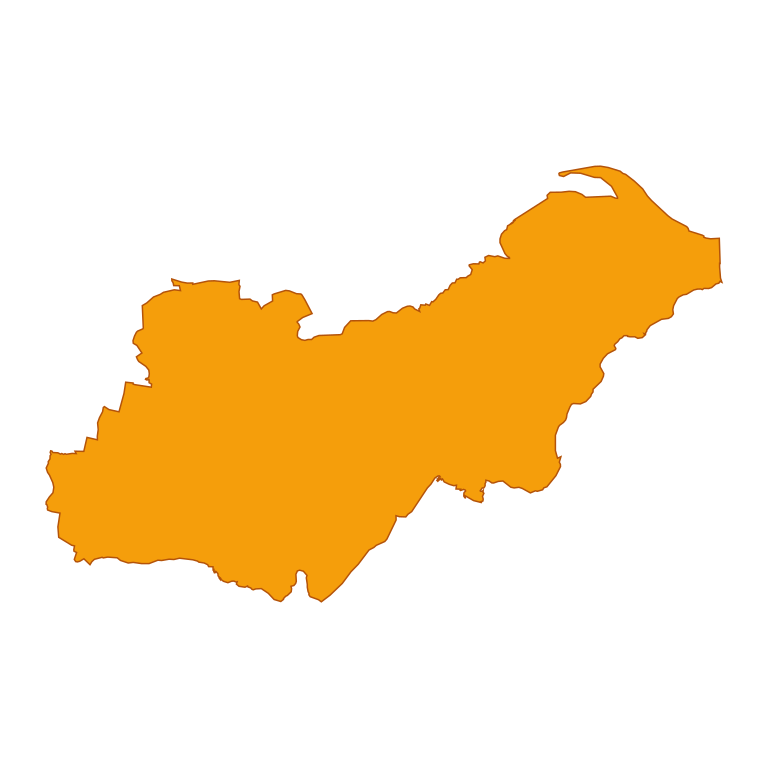 outline of Izvoru Crisului, Cluj, Romania
{"feature_id": "2599482B40318061707597", "entity_name": "Izvoru Crisului", "entity_type": "district", "adm_level": 2, "iso_a3": "ROU", "parent_name": "Romania", "parent_adm1": "Cluj", "projection": "mercator", "projection_center": [23.108, 46.847], "detail": "fine", "context": "isolated", "style": "filled", "palette": "amber", "viewbox_px": 768, "rotation_deg": 0, "n_neighbors": 0, "source": "geoboundaries", "source_scale": "gbopen_adm2", "svg_char_len": 6077}
<svg xmlns="http://www.w3.org/2000/svg" viewBox="0 0 768 768"><path d="M473.6,500.6L481.9,502.7L480.7,501.8L482.9,501.0L483.2,499.1L482.5,496.3L483.9,493.3L483.0,492.2L483.2,490.4L482.2,491.4L480.4,491.2L480.2,490.7L482.3,487.9L483.6,488.0L484.5,487.0L485.1,485.7L485.1,483.5L485.8,482.4L485.9,480.2L489.1,481.0L491.8,482.9L493.6,483.0L498.3,481.4L502.9,481.0L510.8,487.2L514.1,487.9L518.9,487.3L522.2,488.4L530.4,492.9L535.4,490.8L537.3,491.3L542.6,489.8L543.9,487.8L546.9,486.8L555.9,475.7L560.5,466.6L560.4,464.3L559.3,462.2L560.9,456.7L557.5,458.2L555.4,450.6L555.4,435.2L558.4,427.0L559.6,425.3L563.4,422.5L565.6,420.0L566.5,417.6L567.0,414.0L569.9,407.0L571.5,404.3L573.5,403.5L580.4,403.9L585.9,401.5L590.7,396.4L591.5,394.0L593.0,392.0L593.1,389.2L601.1,381.5L603.4,376.3L603.8,373.6L600.1,366.9L600.1,364.1L603.3,358.3L607.5,353.8L615.5,349.6L615.8,348.4L614.2,345.7L614.7,344.3L617.7,341.7L619.9,338.7L621.8,337.9L624.0,335.7L627.0,335.6L627.6,335.8L627.6,336.4L630.1,336.8L634.9,336.8L637.8,338.3L642.3,337.6L644.9,335.2L644.1,333.7L645.5,334.3L645.7,332.6L646.6,331.5L647.0,329.7L650.2,325.6L661.5,319.3L668.4,318.4L671.4,316.7L673.4,313.9L672.8,309.7L673.6,305.7L677.3,298.5L679.1,296.9L683.2,294.8L686.5,294.3L693.7,290.0L697.4,289.1L700.8,289.0L702.3,289.6L704.0,288.4L708.6,288.5L711.6,287.6L716.0,283.9L718.8,283.2L720.0,281.4L721.9,282.3L720.5,278.2L719.6,267.1L719.6,263.3L720.1,263.4L719.3,238.3L710.6,238.8L706.2,238.1L703.9,237.3L703.9,236.1L702.4,235.2L689.0,231.0L688.1,228.3L686.7,226.6L672.1,219.0L667.7,215.6L651.6,200.6L647.4,196.0L642.7,188.9L634.3,181.1L625.7,174.4L622.8,173.4L620.2,171.2L608.2,167.5L600.6,166.2L594.6,166.4L562.8,172.0L559.4,172.9L558.9,173.7L559.4,175.5L563.6,176.5L570.6,172.9L580.5,173.2L594.5,177.4L600.6,177.6L611.5,186.3L617.5,197.1L617.5,198.3L615.3,198.1L610.8,196.2L585.6,197.3L581.9,194.4L575.4,191.7L569.1,191.3L561.2,192.2L550.2,192.3L547.1,195.3L547.6,198.5L515.2,219.2L513.0,221.0L515.6,219.9L512.1,222.6L513.0,222.5L512.7,222.9L507.6,225.8L506.7,229.6L504.6,230.7L501.5,234.2L500.0,238.9L500.0,242.7L505.0,253.6L507.1,256.1L509.4,257.5L509.5,258.4L504.9,258.3L497.8,255.9L494.8,256.7L488.6,255.5L484.9,257.3L485.4,260.9L483.1,262.9L480.1,261.8L479.4,262.2L478.9,263.9L473.3,263.8L469.3,264.8L469.1,265.8L472.2,269.7L470.7,274.5L467.4,276.4L466.4,277.6L460.2,277.8L458.1,279.3L456.7,279.2L455.0,282.8L452.3,283.0L450.1,285.4L448.2,289.6L445.2,289.8L442.8,293.0L440.6,293.3L438.8,294.9L435.8,299.3L432.9,301.9L431.7,301.6L429.5,305.4L425.8,304.0L425.2,305.2L420.8,304.8L419.8,308.0L418.8,308.9L419.7,311.5L414.7,309.0L413.0,307.0L410.0,306.0L407.2,306.3L402.5,308.2L396.4,313.0L393.1,312.8L389.6,311.5L387.5,311.6L381.7,314.5L375.9,319.7L372.8,321.1L368.8,320.6L350.7,320.8L344.6,327.4L342.2,333.8L340.3,334.7L319.0,335.5L314.1,337.2L311.6,339.5L308.0,339.5L304.9,340.4L301.4,339.7L297.9,337.5L297.3,335.7L297.7,331.4L300.0,327.0L298.7,324.0L297.2,322.3L297.2,321.6L302.7,317.5L312.1,313.6L305.0,300.0L302.0,295.0L300.9,294.0L296.5,293.7L289.4,290.9L285.7,290.4L274.2,293.9L272.3,294.8L272.6,301.0L264.1,305.8L261.3,308.9L257.5,302.1L252.4,300.9L250.0,299.1L241.3,299.4L239.6,298.7L239.0,291.5L240.0,286.3L238.9,284.6L239.3,280.4L229.8,282.3L214.4,280.8L208.3,281.0L192.8,284.3L192.8,283.0L187.3,283.1L181.7,282.1L171.8,279.0L171.9,280.8L173.1,282.7L173.7,285.6L179.3,285.7L180.5,290.6L174.3,289.8L163.5,292.3L160.2,294.4L153.5,297.0L146.7,303.0L142.3,305.6L143.3,328.0L142.8,328.9L137.6,331.1L136.4,332.3L134.5,336.1L133.0,340.7L133.3,343.3L136.9,345.4L141.9,353.0L136.4,356.8L137.6,359.7L138.8,361.5L145.9,366.4L148.8,370.1L149.3,373.7L148.9,376.8L147.9,378.1L145.9,378.5L145.5,379.3L146.8,380.0L149.0,379.6L149.1,382.7L151.6,384.1L151.3,387.2L135.1,384.7L133.2,384.2L133.1,383.0L125.7,382.2L124.0,393.4L119.0,411.8L109.0,409.6L104.4,406.6L103.3,407.5L102.6,411.7L99.5,417.6L97.6,422.9L98.2,429.7L97.3,436.2L97.4,439.8L87.0,437.4L83.8,451.4L75.0,451.2L76.2,453.6L72.2,453.4L66.3,454.3L65.0,453.7L63.7,454.4L61.7,453.5L60.5,454.1L57.9,452.8L52.8,452.5L51.9,451.1L50.7,450.8L50.2,452.4L51.0,454.4L50.1,455.7L50.0,458.9L48.2,461.7L48.4,463.3L46.2,468.0L47.6,472.4L49.5,475.2L52.8,482.6L53.8,487.2L53.0,492.7L49.4,496.9L46.2,501.8L46.1,504.3L46.8,504.6L47.7,507.2L47.3,508.3L47.6,510.0L51.8,511.6L60.0,513.1L57.9,526.9L58.7,537.3L71.6,545.2L74.5,545.9L73.8,549.7L74.0,551.2L76.6,552.5L74.3,559.4L75.7,561.6L77.4,561.9L79.7,561.3L83.9,558.8L90.0,564.7L91.9,561.6L94.4,559.3L102.1,557.3L103.2,557.9L107.7,557.1L117.2,557.8L120.4,560.4L128.2,563.0L133.2,562.4L141.7,563.6L149.0,563.6L157.9,560.2L161.6,560.5L169.1,559.2L173.9,559.5L179.5,558.2L192.9,559.8L197.5,561.1L198.8,562.1L204.2,563.0L207.7,564.7L208.6,566.6L213.0,566.8L213.1,569.9L213.9,569.6L213.8,571.6L214.6,571.5L214.4,573.4L215.4,570.8L215.6,572.3L216.3,571.8L217.9,573.6L218.1,575.9L219.8,577.5L219.1,577.9L220.2,579.4L220.3,578.4L220.7,578.4L221.3,579.7L223.5,581.3L227.9,582.7L231.7,581.2L233.9,581.1L236.2,582.1L237.1,581.8L236.4,584.1L239.0,586.3L245.0,587.2L247.6,586.0L247.9,586.9L250.7,587.9L251.8,589.2L253.2,589.8L255.8,588.9L261.3,588.6L268.3,593.3L274.1,599.5L280.8,601.5L283.5,599.4L283.5,598.6L285.6,596.3L287.4,595.4L291.2,591.8L291.6,588.7L291.0,586.3L293.9,585.5L295.6,583.5L296.3,581.4L295.9,574.3L297.4,570.9L299.7,570.2L303.4,571.2L307.0,575.4L306.3,577.8L307.3,584.4L307.3,587.3L308.1,591.7L309.0,593.4L308.9,594.8L310.2,596.7L318.5,599.7L321.3,601.8L330.0,595.2L342.3,583.4L351.0,571.7L358.2,564.3L369.0,550.0L373.8,547.5L376.3,545.3L384.8,541.5L386.9,539.1L396.1,520.0L396.0,515.7L399.4,516.7L405.8,516.9L408.0,514.2L411.7,511.6L427.4,487.9L430.9,484.2L434.8,478.1L437.7,476.1L439.2,475.8L440.0,476.4L438.5,477.8L438.2,478.8L437.3,479.0L437.8,480.0L437.0,480.5L437.8,481.3L438.6,480.4L438.5,479.1L439.3,478.6L439.8,479.5L440.7,478.4L441.4,479.9L442.5,479.0L444.2,481.9L449.2,484.3L453.9,485.7L456.5,485.2L456.0,489.0L460.6,489.2L460.1,490.2L460.5,490.5L463.7,489.4L465.4,490.2L465.6,491.1L464.1,492.5L463.9,493.4L463.8,496.1L464.8,497.7L465.3,497.8L465.2,495.8L473.6,500.6Z" fill="#f59e0b" stroke="#b45309" stroke-width="1.5"/></svg>